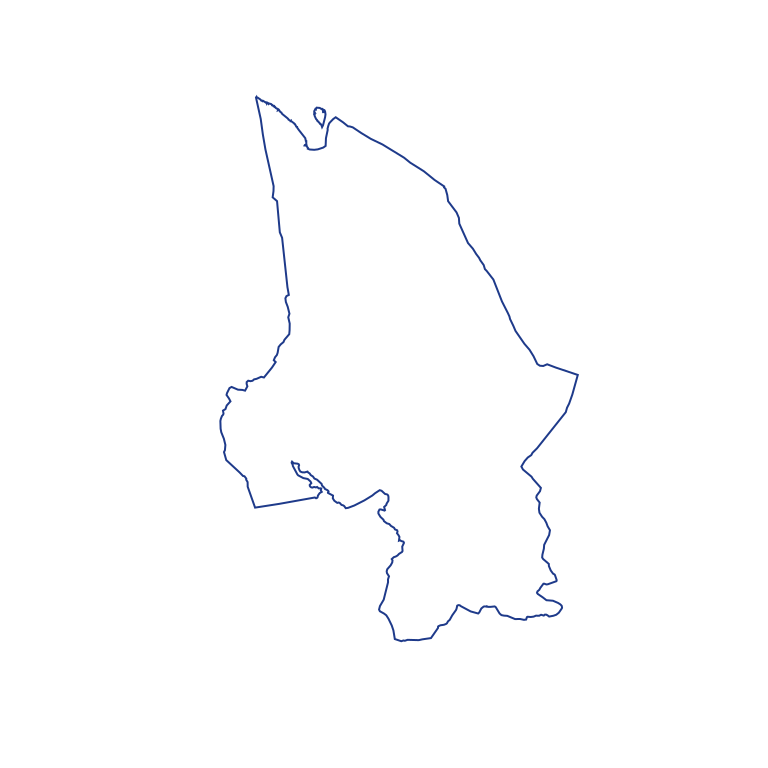 Labuhan Batu Utara, Sumatera Utara, Indonesia (Natural Earth projection), rotated 309°
{"feature_id": "22746128B7095356521044", "entity_name": "Labuhan Batu Utara", "entity_type": "district", "adm_level": 2, "iso_a3": "IDN", "parent_name": "Indonesia", "parent_adm1": "Sumatera Utara", "projection": "natural_earth1", "projection_center": [99.755, 2.426], "detail": "fine", "context": "isolated", "style": "outline", "palette": "blue", "viewbox_px": 768, "rotation_deg": 309, "n_neighbors": 0, "source": "geoboundaries", "source_scale": "gbopen_adm2", "svg_char_len": 6155}
<svg xmlns="http://www.w3.org/2000/svg" viewBox="0 0 768 768"><g transform="rotate(309 384 384)"><path d="M230.4,302.5L225.6,309.3L224.4,327.5L223.8,332.3L224.5,333.6L223.8,336.5L222.9,337.1L222.0,339.6L221.5,340.1L218.4,342.7L206.8,361.6L224.9,378.0L252.3,401.7L252.4,403.0L252.9,403.5L254.0,403.7L255.7,402.9L257.8,402.7L258.9,402.7L261.0,403.5L261.6,401.8L263.3,401.0L263.0,400.3L261.8,399.0L261.9,396.8L260.8,396.2L260.0,394.5L258.4,393.5L257.9,392.5L257.8,391.5L258.1,390.5L258.8,389.8L261.2,389.9L262.0,388.2L262.2,384.5L260.1,380.5L259.0,374.8L259.2,373.6L262.9,364.8L263.9,363.7L264.4,362.2L264.9,361.6L265.8,361.4L265.6,363.7L267.7,367.0L268.0,368.2L267.5,369.1L265.9,369.7L264.9,370.7L263.8,372.6L263.3,374.1L263.9,376.0L265.3,377.9L267.8,379.7L267.5,380.6L267.7,382.6L267.1,384.3L267.4,387.1L266.7,389.4L267.5,392.2L267.1,398.4L266.1,399.7L265.8,402.9L265.3,404.2L265.9,406.9L265.8,408.1L265.5,408.6L264.4,408.7L264.1,409.1L265.2,414.6L262.9,416.2L262.0,418.9L262.2,422.5L263.4,423.4L263.7,424.5L263.3,427.0L264.0,428.7L264.1,429.9L263.4,432.4L265.1,434.0L270.9,437.4L281.2,442.0L290.0,445.1L293.5,445.8L298.8,447.5L299.5,449.3L299.2,454.0L300.1,455.8L300.2,456.5L299.9,457.5L299.0,458.6L296.1,460.9L292.7,461.3L291.4,461.9L288.5,461.5L286.6,464.2L286.0,464.1L284.5,460.4L283.6,459.5L281.2,460.0L279.8,461.2L278.5,464.8L278.2,468.9L277.4,470.3L277.5,473.8L278.5,476.3L278.1,478.7L278.6,482.3L277.9,484.0L278.6,486.3L277.8,487.4L276.2,488.0L275.7,490.2L274.9,492.2L271.7,494.2L272.7,494.7L272.8,496.2L273.7,498.3L273.1,499.5L269.1,500.5L265.9,503.5L264.8,503.7L261.5,502.6L259.2,502.4L257.3,501.7L255.6,500.6L252.8,500.2L252.3,501.6L250.5,502.7L247.3,503.3L242.1,503.1L240.2,503.9L238.9,505.3L237.7,508.9L234.6,510.1L232.5,511.9L216.2,519.5L208.9,520.6L205.6,522.1L204.8,523.8L205.6,528.4L205.7,531.3L204.4,535.2L201.2,542.0L198.4,546.4L192.6,552.9L195.0,559.3L196.9,560.5L197.6,561.8L200.0,563.3L206.8,572.2L209.7,574.5L216.1,580.4L228.4,579.5L229.5,578.7L230.0,578.7L232.0,579.7L234.6,582.1L236.5,583.2L237.6,583.5L239.8,583.1L242.1,583.5L247.2,582.6L253.6,582.2L255.0,581.8L257.8,580.4L258.9,580.9L259.7,582.1L259.7,583.5L261.8,594.5L264.9,601.6L266.4,601.8L270.8,600.9L273.7,601.5L274.7,602.4L275.6,604.0L276.0,603.9L276.3,605.1L277.7,606.9L280.8,610.0L280.9,611.3L278.4,618.2L278.3,620.7L279.5,623.0L281.4,625.7L283.8,633.8L287.0,637.6L288.8,641.2L290.4,642.7L292.7,641.8L293.5,642.1L295.3,644.7L297.4,646.7L299.6,647.9L301.5,650.4L303.5,651.3L304.6,653.9L305.9,654.1L306.8,655.1L307.1,656.4L307.2,658.7L310.5,661.5L313.1,663.1L316.3,663.8L321.6,663.4L322.4,663.0L323.5,661.6L323.7,659.7L323.4,657.1L321.9,651.7L318.2,646.3L318.1,641.6L317.6,635.7L318.0,634.3L319.4,633.8L321.8,634.2L324.0,633.8L329.1,633.6L329.6,634.1L330.4,636.3L331.4,637.3L339.1,642.0L339.7,642.0L340.4,641.4L343.1,637.1L343.3,636.3L343.0,634.8L344.0,631.0L346.3,626.7L347.9,625.3L348.1,617.9L348.7,616.1L351.1,614.5L356.6,611.9L359.8,609.7L370.5,607.4L374.8,605.0L376.4,600.7L378.3,597.5L379.9,593.7L380.3,590.4L381.8,585.8L384.5,582.9L389.8,579.6L390.8,575.2L391.7,573.7L393.4,572.9L398.9,572.7L402.0,571.3L404.0,559.3L404.8,557.0L405.0,545.8L406.3,542.7L412.6,541.8L417.4,542.0L421.4,543.2L424.0,542.7L430.3,543.4L476.5,543.0L480.7,541.2L485.3,540.2L494.3,537.0L513.0,528.9L504.9,507.2L502.0,498.4L498.2,496.4L496.3,493.6L496.0,490.5L499.7,482.7L502.2,475.5L503.6,467.8L508.0,452.8L510.6,447.9L513.8,441.1L515.4,439.0L517.0,435.8L522.4,423.7L534.0,403.3L536.5,392.6L536.8,390.1L539.2,386.6L540.7,381.1L541.9,378.4L543.0,373.9L545.1,367.9L546.4,360.6L556.0,341.6L560.2,337.7L563.0,332.4L566.4,318.8L570.7,314.2L574.4,309.0L574.6,306.9L575.4,306.5L574.4,295.0L574.4,281.1L572.5,265.1L572.5,257.2L569.2,232.1L566.2,219.4L564.7,208.2L563.8,198.2L562.7,195.5L561.6,193.8L561.6,187.5L560.9,178.6L558.0,177.8L553.5,177.4L551.9,177.4L549.4,178.3L546.8,179.5L546.1,180.3L538.5,184.2L532.3,188.8L529.5,188.0L524.7,184.9L522.1,182.4L519.5,178.7L518.9,176.7L519.6,176.4L520.0,174.7L521.0,173.4L519.9,173.0L519.4,172.2L519.9,172.1L520.8,172.7L521.7,172.5L523.9,170.7L523.7,170.3L525.5,168.1L527.8,158.0L528.6,155.2L529.1,154.7L528.8,153.9L529.9,151.4L529.7,151.0L530.0,150.3L529.9,146.7L529.5,146.2L529.9,145.9L529.6,145.8L529.4,143.3L529.7,142.9L529.8,141.6L529.8,135.6L529.9,134.3L530.4,133.5L530.2,132.2L530.9,129.8L530.3,129.5L530.7,129.4L530.5,128.9L530.8,128.8L530.7,128.3L530.9,128.2L530.4,126.5L530.8,125.0L530.6,124.7L530.8,124.2L530.5,124.2L530.7,123.5L530.3,123.2L530.6,121.9L530.2,121.5L530.5,121.1L530.5,120.0L529.7,118.2L529.0,118.1L529.4,117.1L529.2,116.1L528.3,116.3L528.8,115.5L528.7,115.2L528.3,115.3L528.1,112.8L527.9,112.1L527.6,112.3L527.8,112.0L527.3,111.7L527.4,110.6L527.0,110.3L527.3,108.7L527.0,105.2L526.3,104.4L526.5,104.2L526.1,104.2L512.4,121.4L501.7,132.8L491.7,144.2L468.3,173.7L464.4,176.7L459.0,180.0L458.8,185.8L436.3,207.6L433.5,212.8L398.5,248.0L393.3,254.0L391.0,252.9L388.6,253.4L386.0,256.1L383.4,260.6L379.1,266.3L375.6,267.6L371.6,272.7L366.5,276.7L363.1,279.0L355.8,278.8L353.3,279.5L349.8,278.8L346.5,278.8L341.3,281.7L339.1,282.5L336.2,282.5L333.1,283.4L332.9,286.0L326.2,286.6L313.5,286.6L312.3,284.0L307.8,281.7L305.8,280.1L303.8,279.8L302.2,278.5L301.1,276.4L299.1,276.1L297.7,277.1L296.2,279.3L291.4,280.2L290.3,277.7L287.7,274.1L285.8,267.4L283.6,266.5L278.2,267.7L276.4,268.5L275.2,272.6L273.9,275.6L268.3,275.3L264.7,276.6L262.0,275.6L260.0,277.9L259.0,278.3L257.2,278.2L254.3,279.1L252.3,280.1L246.4,285.2L244.1,287.9L240.7,294.0L236.8,299.1L232.5,302.0L230.4,302.5ZM554.5,157.6L552.1,158.1L551.3,158.8L551.6,158.8L551.4,159.3L551.2,158.9L550.5,159.4L550.8,159.5L550.9,159.2L550.9,159.4L550.0,160.5L549.4,160.9L550.0,159.9L548.7,161.4L547.2,164.4L547.0,165.9L546.6,166.3L546.5,167.5L546.7,167.8L546.3,168.7L546.3,169.8L545.9,170.6L546.2,171.2L545.6,172.8L544.7,174.2L546.7,173.8L554.3,170.3L556.8,168.8L558.8,166.6L559.6,164.6L558.8,165.6L558.9,164.5L556.4,166.2L557.0,165.4L558.7,164.2L558.4,163.2L558.7,162.5L558.3,162.1L558.1,160.3L556.4,157.8L555.9,157.9L555.7,158.5L555.7,157.8L555.1,157.6L555.4,157.9L555.2,157.9L555.2,158.6L554.9,158.0L554.6,158.2L554.5,157.6Z" fill="none" stroke="#1e3a8a" stroke-width="2"/></g></svg>